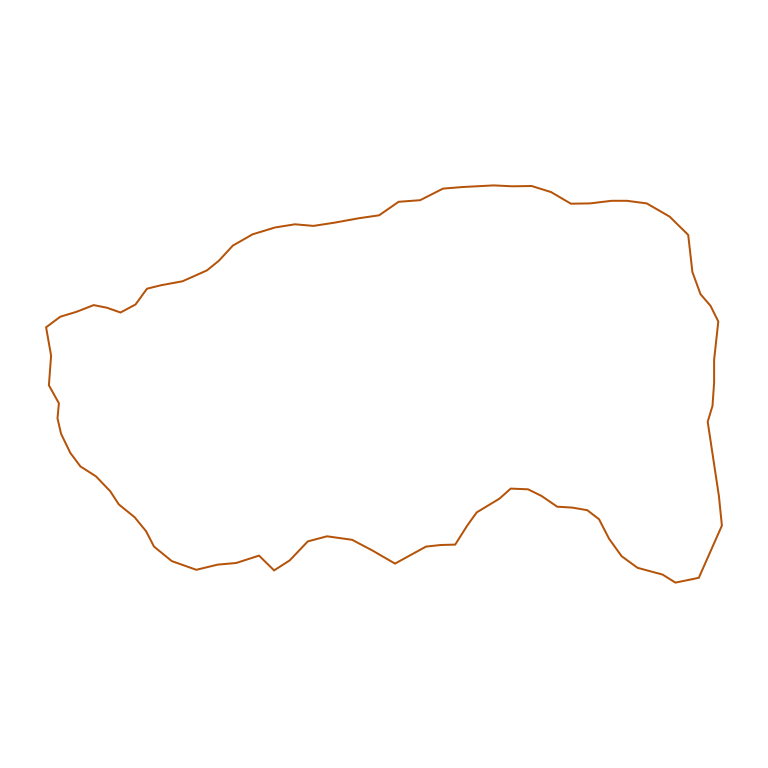 Vista Alegre do Alto, São Paulo, Brazil
{"feature_id": "56859067B18331091082642", "entity_name": "Vista Alegre do Alto", "entity_type": "district", "adm_level": 2, "iso_a3": "BRA", "parent_name": "Brazil", "parent_adm1": "São Paulo", "projection": "robinson", "projection_center": [-48.654, -21.177], "detail": "fine", "context": "isolated", "style": "outline", "palette": "amber", "viewbox_px": 768, "rotation_deg": 0, "n_neighbors": 0, "source": "geoboundaries", "source_scale": "gbopen_adm2", "svg_char_len": 1219}
<svg xmlns="http://www.w3.org/2000/svg" viewBox="0 0 768 768"><path d="M154.0,546.6L171.8,561.1L196.3,569.8L217.8,564.6L236.2,563.0L259.0,555.6L274.1,570.4L289.7,560.4L307.8,541.4L327.0,536.3L352.1,539.8L372.2,550.4L395.0,563.6L410.1,555.3L426.0,546.6L440.7,545.0L455.2,544.6L467.2,525.6L476.7,512.4L499.5,498.6L510.7,488.6L528.0,489.3L541.6,496.0L557.2,506.7L572.3,507.6L587.3,510.2L599.0,519.2L609.1,538.8L621.6,556.2L637.5,567.8L662.6,574.6L675.4,582.6L698.8,577.8L721.9,525.6L718.9,496.0L711.9,449.7L707.7,421.7L712.5,405.9L714.1,382.7L714.1,359.9L718.3,321.5L710.5,305.8L700.5,294.2L692.4,272.0L688.2,234.9L669.6,216.6L646.7,203.4L626.9,200.8L611.6,200.8L590.1,203.4L570.9,203.7L551.1,192.1L531.6,186.0L512.4,186.3L493.7,185.4L463.0,187.0L443.0,188.6L420.1,200.2L398.6,201.8L379.1,215.3L359.1,218.2L334.3,222.7L313.4,225.9L295.0,224.3L274.9,227.5L252.6,234.3L232.8,245.6L218.9,260.7L206.9,270.4L182.4,281.3L161.2,285.2L147.0,288.7L135.5,304.5L120.5,312.5L106.8,307.7L93.7,305.1L76.2,311.9L60.3,316.7L46.1,327.3L51.1,355.7L48.9,385.3L58.9,403.3L57.5,418.4L61.1,433.9L70.3,452.9L80.4,466.4L96.0,476.4L110.2,491.2L118.8,504.4L134.7,517.3L146.2,531.4L154.0,546.6Z" fill="none" stroke="#b45309" stroke-width="2"/></svg>